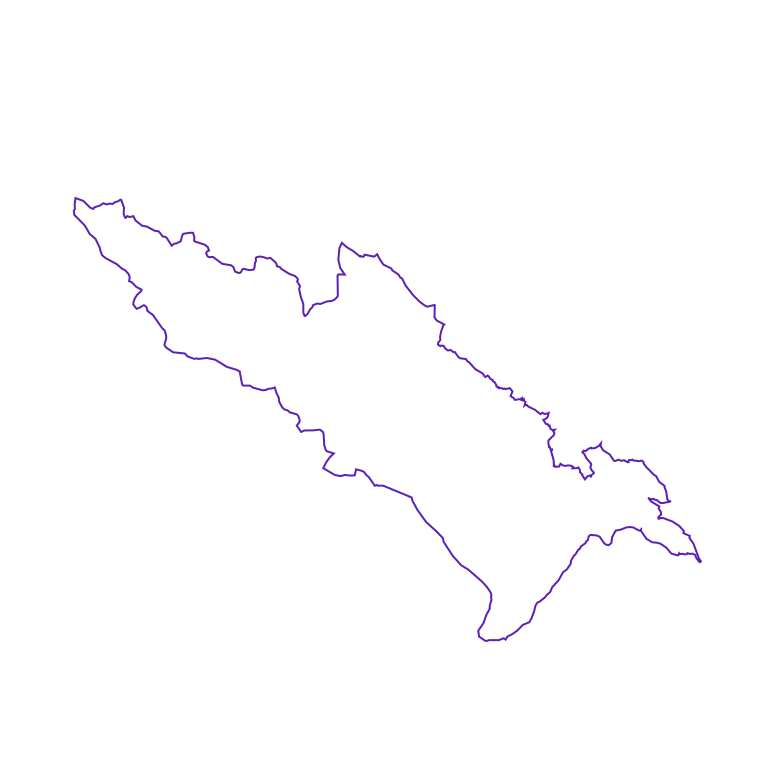 Toplita, Hunedoara, Romania, rotated 45°
{"feature_id": "2599482B44400437971593", "entity_name": "Toplita", "entity_type": "district", "adm_level": 2, "iso_a3": "ROU", "parent_name": "Romania", "parent_adm1": "Hunedoara", "projection": "robinson", "projection_center": [22.735, 45.666], "detail": "fine", "context": "isolated", "style": "outline", "palette": "violet", "viewbox_px": 768, "rotation_deg": 45, "n_neighbors": 0, "source": "geoboundaries", "source_scale": "gbopen_adm2", "svg_char_len": 6132}
<svg xmlns="http://www.w3.org/2000/svg" viewBox="0 0 768 768"><g transform="rotate(45 384 384)"><path d="M625.1,491.8L629.9,495.4L637.1,494.0L638.3,493.1L639.5,490.7L646.4,483.8L648.4,479.1L650.7,478.8L649.9,475.3L651.5,470.3L652.6,464.4L652.5,456.1L655.2,449.7L654.1,445.6L650.8,438.4L647.8,433.5L647.0,430.3L647.9,427.9L648.7,421.1L648.3,417.4L648.6,413.6L646.6,408.6L646.2,399.1L643.7,390.7L644.4,385.9L643.2,379.2L641.2,376.7L639.6,370.7L639.9,369.4L638.6,363.9L639.0,361.8L638.1,359.9L639.0,353.9L638.3,352.5L638.5,350.2L636.5,347.0L636.7,344.7L641.5,340.7L644.5,339.5L652.1,340.9L654.4,340.7L656.9,339.0L657.2,335.7L653.5,330.8L651.5,323.9L654.5,319.3L656.7,314.2L659.3,310.9L661.9,309.1L668.2,307.2L668.7,306.7L668.6,305.1L669.8,306.2L679.2,307.9L685.6,306.2L689.7,302.9L692.9,301.3L699.5,300.1L707.0,300.7L712.3,297.9L713.1,296.9L712.4,295.0L713.4,295.2L714.6,293.5L717.6,291.4L718.5,290.0L718.2,289.0L720.5,287.9L722.0,285.9L724.8,284.8L728.0,286.3L733.2,286.8L733.6,286.5L733.4,285.2L730.1,284.7L715.8,278.1L708.7,276.8L707.8,275.2L701.2,277.7L700.2,276.0L693.4,275.6L685.1,277.3L676.3,281.3L674.3,283.2L673.7,285.0L673.0,285.1L672.1,283.9L672.3,280.3L670.4,278.7L666.2,277.8L665.3,275.9L655.9,278.2L651.3,277.7L654.5,276.7L655.7,274.6L656.9,274.6L658.8,273.2L663.4,272.7L665.3,271.1L670.0,264.0L668.5,265.3L665.9,265.2L659.3,260.3L655.5,258.7L654.5,257.7L647.8,258.6L641.3,256.7L639.7,257.3L627.8,257.3L623.9,256.6L623.0,255.7L620.4,255.9L618.8,258.4L614.2,261.8L613.1,261.9L613.1,262.4L611.1,264.5L611.5,266.2L612.1,266.4L611.5,267.1L607.5,268.2L606.3,270.4L603.3,271.7L602.0,274.9L600.6,275.7L593.5,274.2L585.9,275.9L581.0,274.8L579.3,272.6L579.7,275.8L578.6,279.9L576.3,282.8L575.4,282.7L574.4,285.3L574.0,289.0L572.3,290.0L572.5,292.0L575.2,291.9L579.7,293.4L586.7,293.9L587.4,294.3L588.9,297.1L592.1,298.2L594.9,298.2L595.5,298.8L595.0,302.2L596.5,303.5L594.6,303.0L594.0,303.5L593.2,305.5L593.5,309.4L588.6,308.3L588.2,307.7L585.0,307.8L583.7,306.5L580.5,305.5L579.7,307.3L576.9,310.4L576.3,308.8L574.3,309.3L571.8,311.3L570.3,313.5L567.9,315.2L565.2,315.6L566.2,318.5L563.6,321.5L562.5,321.1L562.1,321.9L558.1,318.1L549.1,313.0L549.5,311.7L548.9,311.4L548.3,312.6L545.6,311.3L545.2,311.9L541.2,308.9L540.2,307.5L540.2,299.9L539.0,298.1L537.1,297.7L537.1,295.6L535.6,297.4L533.5,298.0L530.5,296.3L530.1,297.1L528.5,296.6L526.6,297.7L522.0,296.7L523.0,294.5L523.0,291.4L520.9,288.0L519.9,290.2L518.6,291.7L516.3,292.4L515.9,294.7L509.0,295.5L501.3,298.1L500.3,297.7L498.7,298.4L498.6,299.8L496.8,296.7L495.4,297.0L493.5,295.8L493.5,297.6L493.0,297.8L491.5,296.4L491.2,297.9L491.6,298.4L490.8,298.6L487.8,302.7L485.4,302.3L482.1,303.1L480.1,298.4L475.9,298.0L473.3,301.9L472.1,302.2L471.9,303.2L470.0,303.8L468.7,305.1L467.6,305.1L467.9,305.8L465.1,306.2L464.7,305.5L460.9,304.5L458.9,305.1L458.1,304.3L455.6,305.1L452.4,304.6L451.3,304.8L450.7,307.5L446.2,306.8L438.2,308.9L428.6,308.5L426.9,309.0L424.4,308.4L419.7,311.9L417.6,312.4L411.4,311.3L410.6,312.4L406.9,312.9L405.6,315.1L402.1,315.6L399.2,314.8L396.8,316.9L396.9,317.5L394.4,318.0L393.1,316.5L392.7,313.1L390.1,310.8L387.0,306.0L384.6,300.9L384.5,299.3L376.6,301.8L372.6,301.2L364.2,292.4L363.7,292.6L360.0,298.7L357.3,299.7L350.7,300.6L341.9,300.6L329.6,299.1L322.3,296.6L320.5,297.2L316.6,296.4L309.4,297.8L307.6,297.1L299.1,300.0L293.2,298.9L287.4,297.1L287.0,300.9L278.8,306.3L279.5,307.9L279.3,308.8L276.9,310.2L277.0,310.8L268.0,311.8L260.9,313.6L254.4,314.0L256.4,319.4L263.8,328.4L270.9,332.9L278.9,334.4L274.3,338.7L274.5,340.2L289.0,354.3L289.4,355.4L289.4,359.2L288.3,362.3L285.2,366.1L282.4,372.5L280.1,374.0L278.1,378.2L279.0,380.5L279.0,383.8L280.4,388.3L280.3,391.5L279.6,392.0L276.4,390.5L270.4,384.5L263.9,381.4L256.7,376.8L255.5,374.2L250.0,372.9L249.6,371.4L248.7,370.7L244.9,370.5L238.9,373.2L229.9,375.2L227.6,375.0L225.0,376.4L223.6,375.3L221.3,374.7L214.3,375.2L212.5,378.1L209.4,379.3L206.2,381.5L204.2,384.5L204.2,385.4L206.7,387.9L207.0,389.4L210.0,393.1L211.0,395.1L208.4,398.6L203.1,402.0L202.8,403.3L203.8,406.3L203.3,407.6L202.2,408.6L199.1,409.8L195.1,407.9L192.1,408.1L184.6,413.4L173.1,415.1L171.0,417.7L169.1,418.5L165.7,417.3L165.1,415.4L165.9,413.4L162.7,411.8L158.9,412.2L149.4,417.0L148.1,416.8L146.6,414.6L142.1,412.1L139.9,414.2L136.0,419.5L136.1,421.2L139.3,426.8L137.8,431.4L136.3,433.3L136.1,436.3L126.8,434.3L125.5,434.5L123.2,436.1L116.7,435.4L113.5,437.8L104.9,440.4L101.1,443.1L92.7,444.1L88.1,442.5L86.2,445.7L83.7,446.9L83.9,449.1L83.3,449.5L79.7,447.9L75.4,443.1L67.9,439.6L67.2,440.3L66.8,442.8L65.3,445.4L64.9,448.4L62.3,450.6L60.8,453.2L57.7,454.7L57.0,458.5L54.4,463.7L54.4,466.1L51.3,467.1L41.9,467.1L34.4,470.7L38.3,475.8L41.5,478.6L42.4,481.1L45.5,483.4L60.4,483.5L69.8,486.0L77.4,485.4L87.2,488.8L88.9,490.2L93.6,492.3L97.9,491.9L110.4,488.2L117.3,487.7L120.7,486.6L126.0,486.9L128.8,488.4L131.0,491.5L133.8,490.4L140.3,490.5L145.8,488.7L146.6,490.2L146.4,495.3L147.1,499.2L149.0,503.3L150.5,505.1L155.9,505.8L157.2,502.9L158.3,498.4L159.2,497.7L161.6,497.6L165.2,499.6L171.8,498.6L187.9,501.4L190.8,501.2L194.4,503.0L197.6,505.5L200.9,511.5L203.9,512.3L212.4,510.7L221.7,503.2L225.6,503.4L231.9,500.5L233.6,498.2L235.1,497.5L240.3,490.9L247.4,486.2L260.8,483.0L269.9,478.1L273.2,477.2L282.1,483.4L284.6,484.8L285.7,484.6L290.4,479.9L294.0,479.2L302.7,474.2L304.8,471.7L305.4,469.5L307.9,466.4L309.2,463.7L314.5,466.5L318.9,467.9L322.6,470.7L328.4,472.5L331.6,472.4L334.5,470.8L337.2,470.7L343.9,467.1L346.4,467.3L350.4,469.5L351.2,471.2L351.7,475.1L359.3,476.5L360.7,473.0L366.8,466.8L370.2,462.4L371.3,461.5L374.9,461.1L377.5,462.8L385.1,469.6L389.0,471.6L390.9,472.1L397.6,468.6L397.5,474.5L398.5,480.2L400.5,486.5L413.5,483.1L418.4,479.9L420.6,476.0L424.6,472.9L427.9,469.3L424.6,464.1L429.3,461.3L432.1,460.3L435.9,460.9L439.2,460.6L449.4,462.5L450.2,460.6L451.1,460.5L455.5,456.4L483.8,444.7L487.1,446.6L496.8,449.4L511.3,451.8L525.5,451.1L534.7,451.3L537.6,453.4L554.1,456.9L566.8,457.6L575.1,455.6L593.1,454.4L600.1,454.7L606.7,456.0L609.4,457.4L610.3,459.0L612.7,460.7L615.6,466.1L617.6,468.1L619.7,475.0L623.4,482.8L625.1,491.8Z" fill="none" stroke="#5b21b6" stroke-width="2"/></g></svg>